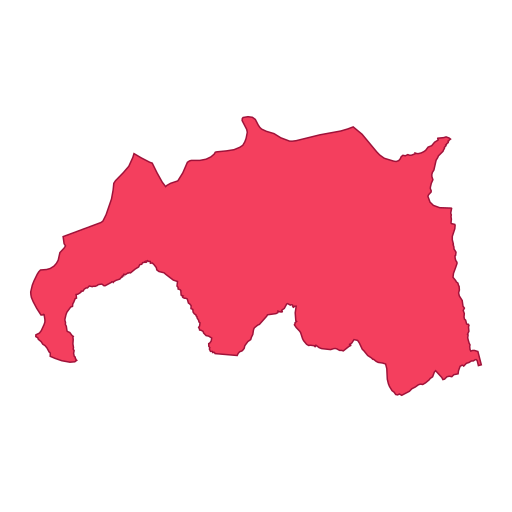 outline of Biblian, Cañar, Ecuador
{"feature_id": "8360857B93443037342113", "entity_name": "Biblian", "entity_type": "district", "adm_level": 2, "iso_a3": "ECU", "parent_name": "Ecuador", "parent_adm1": "Cañar", "projection": "albers", "projection_center": [-78.972, -2.675], "detail": "fine", "context": "isolated", "style": "filled", "palette": "rose", "viewbox_px": 512, "rotation_deg": 0, "n_neighbors": 0, "source": "geoboundaries", "source_scale": "gbopen_adm2", "svg_char_len": 6041}
<svg xmlns="http://www.w3.org/2000/svg" viewBox="0 0 512 512"><path d="M451.6,208.4L451.2,208.1L439.7,207.7L433.4,205.4L430.0,202.1L427.9,196.3L428.6,194.7L431.1,192.0L431.2,190.8L430.3,188.5L430.4,187.1L431.3,183.3L432.9,179.7L431.9,176.7L431.8,174.6L432.4,172.4L433.9,170.0L436.1,160.2L437.7,157.6L438.4,155.9L443.0,151.3L443.7,149.5L444.4,148.6L444.4,147.4L445.9,145.8L445.7,144.9L446.4,144.7L446.7,143.7L448.2,142.6L448.1,141.1L448.8,140.9L449.2,140.1L450.5,139.1L449.1,138.0L446.1,136.9L443.8,137.6L437.8,138.2L437.7,138.5L438.2,139.8L437.9,140.2L434.6,142.2L431.7,145.7L428.1,147.1L425.7,150.3L423.9,151.6L421.3,152.9L418.5,153.6L416.9,153.6L415.1,153.0L415.2,153.7L411.5,155.2L409.7,155.3L407.8,154.6L405.3,155.8L402.9,155.3L401.2,156.7L400.2,158.9L398.7,160.6L396.2,161.5L393.9,161.2L385.3,158.6L384.0,158.1L379.7,155.0L376.8,152.0L362.1,134.3L353.2,126.9L347.6,129.0L340.8,131.0L320.0,134.8L296.1,140.7L292.1,141.2L289.5,141.1L280.8,137.8L274.0,133.6L266.3,131.3L261.6,129.1L259.8,127.4L258.2,125.0L255.3,119.4L252.4,117.3L248.0,116.7L243.1,117.5L242.3,118.5L242.1,120.5L246.7,129.4L247.3,132.3L246.1,138.4L244.8,141.9L242.8,145.3L239.8,147.3L234.0,149.7L226.4,150.9L217.0,151.8L215.3,152.2L214.2,154.1L210.9,156.9L206.1,159.2L199.9,160.4L191.4,160.4L189.5,160.9L187.4,162.3L182.8,172.9L177.8,180.9L170.6,183.3L166.9,185.4L165.6,186.6L162.2,182.1L157.0,172.8L152.2,163.1L149.8,162.3L141.3,157.9L134.0,153.6L132.8,157.5L128.8,166.3L123.1,172.9L115.5,180.7L113.8,183.3L113.1,190.2L111.5,199.0L106.1,214.7L102.9,221.1L101.0,222.5L63.1,236.6L64.1,243.7L65.5,245.9L64.2,248.0L59.9,252.6L58.2,260.2L56.4,263.4L53.9,266.2L50.2,268.5L46.7,269.5L40.5,270.0L38.7,271.9L37.2,274.3L33.9,281.1L32.3,285.2L30.7,292.0L30.9,294.8L31.4,297.4L33.2,301.7L36.7,308.3L41.0,315.0L42.9,314.9L43.3,314.4L44.1,314.7L44.9,319.6L44.9,322.0L44.1,324.5L41.3,330.6L39.4,333.1L35.9,334.8L35.8,336.6L37.8,337.8L38.3,339.3L41.1,341.6L42.8,344.2L45.0,345.6L47.0,348.0L49.2,352.1L49.8,352.4L50.3,353.2L50.2,356.3L55.1,358.4L61.7,360.7L69.9,362.2L74.8,361.8L76.7,360.3L75.9,359.8L76.0,359.2L75.4,358.6L75.2,357.1L74.2,356.2L73.6,353.3L74.1,350.6L73.2,349.1L73.5,347.6L72.9,343.9L73.2,339.5L72.9,337.1L73.3,336.4L72.1,335.6L69.8,332.5L67.5,331.5L67.0,330.9L66.3,326.2L65.4,324.5L65.5,322.3L65.0,320.8L64.9,319.3L66.0,314.6L66.9,312.2L70.7,307.0L72.5,306.4L72.8,303.7L73.5,302.7L75.2,298.6L76.5,298.1L76.1,294.5L77.8,294.2L80.1,292.8L81.0,292.1L81.2,291.2L83.0,291.1L84.3,289.1L86.2,287.9L87.5,287.9L89.3,286.0L92.3,286.7L93.0,286.3L95.3,286.3L97.2,285.5L98.3,284.6L101.5,284.1L102.2,284.3L103.9,285.7L105.2,285.7L111.7,282.2L111.8,281.8L113.1,281.8L113.3,282.3L114.0,281.5L116.1,280.3L119.8,279.1L121.0,277.7L122.6,276.7L122.8,276.1L122.4,276.0L123.0,275.5L123.7,275.6L123.6,274.6L123.9,274.2L125.3,274.7L128.0,272.9L128.7,273.1L129.3,272.6L130.5,272.9L135.4,268.9L138.6,267.0L139.8,264.6L141.7,264.3L142.6,262.6L143.6,262.6L145.0,261.6L145.0,262.3L146.2,262.3L146.8,261.8L147.0,260.8L147.4,260.6L148.5,261.4L150.3,261.5L150.4,263.2L152.3,263.0L153.9,264.5L156.3,267.6L156.8,269.9L158.9,271.5L164.1,272.8L165.6,274.2L173.3,280.1L177.5,281.5L177.0,286.1L178.1,287.4L178.1,289.0L180.1,289.7L180.8,290.5L181.1,295.1L183.1,296.0L182.4,296.7L182.8,297.4L184.3,298.2L185.9,298.3L187.3,299.0L188.4,303.0L189.7,303.9L191.1,305.6L191.0,308.6L192.8,309.4L193.1,312.1L194.4,313.9L195.9,314.8L196.1,315.9L196.9,316.5L197.1,317.9L198.6,320.3L199.0,322.0L200.0,322.8L199.6,326.0L198.6,327.4L199.4,328.8L199.6,330.0L201.1,330.3L203.1,331.4L203.6,333.0L206.1,335.6L208.6,336.1L211.7,338.0L211.2,341.0L209.8,343.0L208.7,343.6L208.8,346.3L209.8,347.6L209.4,349.1L210.5,351.4L212.4,351.4L212.8,351.8L212.7,352.5L214.4,352.4L215.1,353.6L237.2,355.5L238.1,353.5L239.6,351.8L242.0,350.9L243.3,349.6L244.2,348.3L244.8,345.7L247.9,341.5L250.7,339.6L251.4,337.3L252.8,334.4L253.4,330.4L253.9,328.6L254.5,327.7L257.7,325.1L259.4,324.4L266.7,316.2L267.5,314.8L276.0,313.6L277.9,312.6L278.0,311.1L280.2,312.0L281.3,311.3L281.8,312.0L282.2,311.8L282.3,311.4L281.7,310.6L281.9,310.1L284.3,308.4L286.7,304.0L287.7,303.6L290.3,305.1L291.1,304.7L292.5,305.0L293.2,306.3L292.8,306.7L293.5,307.3L294.7,306.2L296.2,306.2L295.2,312.8L295.8,320.7L296.6,321.4L295.1,322.6L295.0,323.7L294.4,324.8L296.2,327.5L299.6,331.1L300.6,332.6L302.6,338.8L303.6,340.7L306.6,344.3L308.7,345.5L310.3,345.2L314.0,345.7L315.1,346.7L315.4,346.5L315.4,345.5L315.9,345.2L319.1,347.6L321.6,348.6L330.6,349.6L333.8,348.6L335.3,348.5L336.7,348.8L339.6,350.4L341.6,350.4L343.3,350.9L349.0,346.4L350.7,345.5L350.6,344.9L349.0,344.3L349.9,344.3L351.8,343.0L354.0,339.6L357.6,340.4L359.3,342.9L362.3,349.3L363.8,350.7L367.7,355.5L371.4,357.9L372.8,359.3L373.6,359.3L376.2,361.4L378.2,362.4L382.5,363.0L385.6,364.0L386.8,368.7L387.3,379.2L388.4,383.8L389.5,386.5L392.0,390.6L394.1,392.2L395.7,394.5L397.6,394.9L399.4,394.0L401.7,395.3L409.4,391.3L411.8,388.8L415.3,387.0L418.5,384.7L420.6,384.1L422.7,384.5L425.6,382.8L429.3,379.7L430.1,378.5L432.6,376.8L434.3,372.2L435.6,370.7L441.8,377.5L442.9,379.6L444.6,379.1L446.9,376.8L449.2,376.2L451.8,376.7L453.8,374.7L458.1,373.8L458.5,370.8L460.1,366.3L462.1,365.2L462.9,365.4L463.7,366.1L466.4,363.3L469.0,362.5L471.3,361.0L473.4,360.9L475.2,359.7L476.3,359.6L477.2,360.7L478.4,365.6L481.3,364.8L477.9,351.5L474.3,350.4L472.4,350.5L470.8,351.1L470.0,349.5L469.7,346.4L470.0,344.9L469.1,343.1L468.0,339.2L467.7,337.7L468.1,334.9L467.5,334.3L468.9,331.3L468.5,326.8L469.0,325.5L468.4,324.3L467.4,324.3L466.6,323.9L465.6,320.1L464.5,319.2L464.0,317.0L464.3,313.5L463.2,310.5L464.4,308.1L463.0,306.2L462.2,300.5L459.3,295.9L458.6,292.9L459.4,290.0L459.1,286.2L458.6,285.7L457.9,283.1L456.3,281.9L455.7,280.6L453.0,277.3L453.5,273.3L455.6,267.6L457.0,263.5L457.0,262.6L456.5,261.4L455.8,260.7L455.1,258.0L455.0,255.9L455.6,255.4L456.0,252.2L454.0,249.0L453.9,246.9L453.1,244.6L453.4,244.2L452.3,239.8L452.3,236.4L454.8,228.8L455.1,225.4L454.8,224.4L451.5,223.6L451.0,222.9L451.4,219.2L451.0,216.7L451.3,214.9L450.7,213.1L451.6,208.4Z" fill="#f43f5e" stroke="#9f1239" stroke-width="1.5"/></svg>